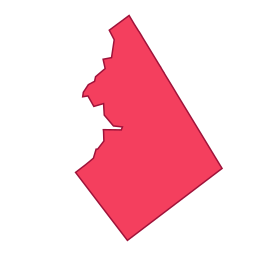 Lowndes, Mississippi, United States of America, rotated 323°
{"feature_id": "52423323B34772057373171", "entity_name": "Lowndes", "entity_type": "district", "adm_level": 2, "iso_a3": "USA", "parent_name": "United States of America", "parent_adm1": "Mississippi", "projection": "albers", "projection_center": [-88.419, 33.516], "detail": "fine", "context": "isolated", "style": "filled", "palette": "rose", "viewbox_px": 256, "rotation_deg": 323, "n_neighbors": 0, "source": "geoboundaries", "source_scale": "gbopen_adm2", "svg_char_len": 716}
<svg xmlns="http://www.w3.org/2000/svg" viewBox="0 0 256 256"><g transform="rotate(323 128 128)"><path d="M59.9,217.4L178.8,216.9L179.3,211.5L183.1,173.7L187.5,129.5L187.7,127.9L188.4,121.1L189.8,106.7L190.0,105.9L190.1,104.4L190.4,101.2L190.8,98.5L190.8,97.6L192.4,81.6L194.2,63.4L194.3,63.1L194.8,58.0L194.8,56.9L195.5,48.7L196.6,38.8L171.9,38.6L170.1,49.2L157.2,61.9L149.5,58.1L145.5,66.8L133.0,67.5L129.4,70.6L122.5,69.5L113.8,72.6L110.6,75.8L115.3,78.3L113.7,90.2L123.2,93.8L116.8,103.4L117.6,117.6L124.2,123.8L121.5,125.5L107.3,114.5L106.3,116.2L100.9,123.9L91.1,126.6L89.8,125.7L82.2,131.3L72.1,131.8L59.4,131.9L59.5,148.8L59.6,171.7L59.9,217.4Z" fill="#f43f5e" stroke="#9f1239" stroke-width="1.5"/></g></svg>